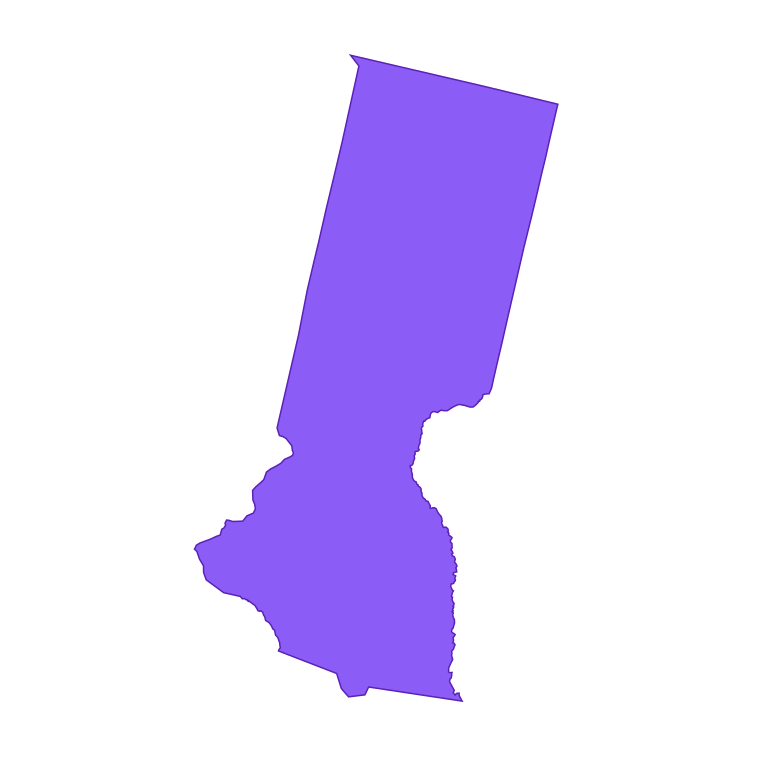 the district of Sierra, California, United States of America, rotated 283°
{"feature_id": "52423323B42525268241117", "entity_name": "Sierra", "entity_type": "district", "adm_level": 2, "iso_a3": "USA", "parent_name": "United States of America", "parent_adm1": "California", "projection": "mercator", "projection_center": [-120.733, 39.584], "detail": "fine", "context": "isolated", "style": "filled", "palette": "violet", "viewbox_px": 768, "rotation_deg": 283, "n_neighbors": 0, "source": "geoboundaries", "source_scale": "gbopen_adm2", "svg_char_len": 4491}
<svg xmlns="http://www.w3.org/2000/svg" viewBox="0 0 768 768"><g transform="rotate(283 384 384)"><path d="M100.1,341.3L91.3,403.0L77.6,411.0L71.2,419.9L76.8,435.3L85.3,437.2L92.6,531.5L93.8,530.4L97.3,527.4L99.7,526.7L98.8,524.2L96.9,523.3L98.7,520.9L101.3,521.4L106.8,516.5L108.6,514.9L111.0,514.6L112.6,515.6L115.4,515.5L116.9,515.1L118.2,515.2L117.9,514.0L117.6,513.0L117.9,511.6L119.4,511.5L121.9,510.9L124.0,511.3L128.3,512.2L131.0,512.9L132.5,512.1L134.4,511.0L136.7,510.8L138.8,510.0L141.2,511.3L143.9,511.5L145.9,511.9L147.3,510.4L147.3,509.2L148.6,509.4L150.1,509.4L152.2,508.3L154.7,509.4L155.8,509.7L156.7,508.1L156.9,506.8L157.8,505.6L159.8,505.2L161.5,506.2L163.9,506.3L167.0,506.5L170.3,505.6L171.8,504.3L173.7,503.2L175.0,502.9L176.4,503.1L177.5,502.2L177.4,501.8L177.4,501.5L178.4,501.9L178.7,502.4L179.4,501.7L180.5,501.5L181.4,502.1L182.7,502.0L182.8,501.3L183.9,501.3L184.6,501.8L186.1,501.6L187.0,500.4L189.1,498.9L190.8,498.7L191.7,498.7L191.7,498.0L192.6,497.3L193.7,497.6L195.9,497.6L197.2,497.8L198.1,498.2L198.7,496.8L201.8,494.5L203.4,494.4L204.5,494.6L204.7,495.7L205.4,496.7L206.9,496.9L208.0,497.6L209.5,497.6L210.2,496.7L212.2,496.9L213.1,497.1L213.5,496.0L213.6,495.0L213.9,494.3L215.7,494.2L216.9,496.1L217.2,497.1L219.3,496.4L221.0,495.4L223.0,496.1L224.9,494.7L226.2,492.9L227.6,492.7L229.1,493.0L231.5,491.4L232.0,489.3L233.5,488.3L234.7,489.2L236.5,488.0L237.4,486.6L238.9,486.7L239.0,487.2L239.9,487.2L241.1,486.8L243.9,486.1L244.8,484.5L246.6,483.8L248.6,484.8L249.7,484.8L250.4,483.5L250.8,482.5L251.6,480.9L252.8,480.8L253.9,480.3L254.0,479.4L254.7,479.5L255.7,479.7L257.3,478.7L258.4,476.9L258.2,475.3L257.6,474.5L258.0,473.4L259.1,473.2L260.4,472.0L261.7,471.3L263.4,471.6L264.8,470.9L265.9,470.6L268.0,469.3L269.4,467.2L271.0,465.3L272.8,463.9L274.3,462.8L274.8,460.9L274.4,459.5L273.6,458.1L273.3,457.3L273.6,456.6L274.2,456.6L275.8,456.6L276.8,455.5L278.1,454.4L279.5,453.4L279.6,451.2L281.0,449.9L281.8,447.9L283.4,446.4L285.0,445.8L286.3,445.5L287.7,444.3L288.9,444.1L290.3,443.6L291.5,442.4L292.3,440.3L293.3,440.0L293.7,438.6L295.8,437.4L296.3,435.3L297.4,434.1L298.7,433.1L300.2,432.4L301.9,432.1L303.7,431.2L305.1,430.4L307.6,429.9L308.2,428.7L309.4,428.2L309.9,427.8L310.7,428.3L310.8,429.2L311.9,430.0L313.7,430.2L315.9,430.0L317.2,430.5L318.6,430.5L320.7,429.6L322.9,430.2L323.7,429.7L324.9,429.5L325.4,430.2L326.3,432.1L326.9,432.9L328.3,432.9L328.9,432.0L331.7,431.8L334.5,432.4L337.3,431.7L340.4,431.8L342.5,431.4L343.6,432.1L344.7,432.3L345.3,431.6L346.7,431.4L348.0,430.9L349.4,430.3L350.7,430.7L351.5,431.4L352.5,431.2L353.4,430.8L354.6,430.7L356.3,431.0L357.0,431.2L357.1,431.6L356.9,431.5L356.7,431.7L356.8,432.0L358.5,432.8L359.9,433.9L361.5,436.3L364.8,436.0L366.4,436.5L367.8,437.5L368.5,439.2L368.3,442.7L371.3,445.3L371.5,448.6L372.3,451.8L375.3,454.6L378.0,457.4L380.1,460.2L381.2,462.6L381.1,465.3L381.3,467.4L381.0,470.4L380.9,473.0L381.3,474.9L381.7,476.1L383.0,477.2L383.7,477.6L384.8,478.6L386.2,479.2L387.2,480.0L387.9,479.7L388.7,480.3L388.6,480.8L389.3,481.3L389.9,481.1L390.4,481.1L390.9,482.1L392.3,482.8L393.8,483.0L395.4,482.7L396.5,483.9L397.1,485.2L397.8,487.3L398.1,488.6L404.3,489.7L413.3,489.6L432.7,489.6L452.6,489.7L471.0,489.6L512.7,489.6L549.0,489.6L579.2,490.1L604.5,490.3L625.8,490.3L640.7,490.5L655.7,490.4L676.7,490.4L692.0,490.4L695.7,490.5L695.7,490.4L696.5,418.5L696.8,277.5L688.2,288.0L610.5,288.8L576.7,288.6L542.1,288.3L507.6,288.4L485.7,288.2L458.4,288.1L412.4,289.7L383.4,289.7L371.3,289.7L350.2,289.7L327.0,289.7L317.1,289.7L310.2,293.7L310.0,297.4L308.8,301.0L303.0,308.1L298.7,309.6L296.6,311.2L293.8,311.0L291.5,308.4L288.1,303.9L283.5,301.3L279.5,297.1L275.8,292.7L271.8,289.3L263.8,288.4L259.7,285.7L255.1,282.3L250.8,279.9L241.4,282.4L237.8,285.0L233.3,286.8L228.8,285.7L224.7,280.1L218.6,277.2L216.0,267.5L216.3,263.2L216.0,261.2L212.7,260.4L210.8,261.4L207.7,260.4L206.0,258.6L200.0,258.4L197.9,255.0L193.8,249.8L187.8,240.6L184.8,237.5L180.4,236.5L178.7,239.4L171.9,243.6L166.3,249.0L159.8,250.6L153.2,254.8L144.6,274.7L144.7,291.9L142.8,294.2L143.5,296.2L142.7,298.3L143.0,299.2L142.5,300.4L142.0,300.1L141.6,301.0L141.9,301.8L141.2,303.5L140.2,305.5L139.2,308.1L136.4,310.8L134.8,312.1L134.5,314.0L135.3,314.9L134.3,317.2L131.7,318.7L130.3,320.2L127.0,321.8L125.6,325.8L123.1,328.7L120.5,330.6L119.3,332.9L117.2,333.8L115.0,334.8L113.2,337.5L110.6,339.1L108.1,340.7L106.0,341.3L103.7,342.3L101.0,341.2L100.1,341.3Z" fill="#8b5cf6" stroke="#5b21b6" stroke-width="1.5"/></g></svg>